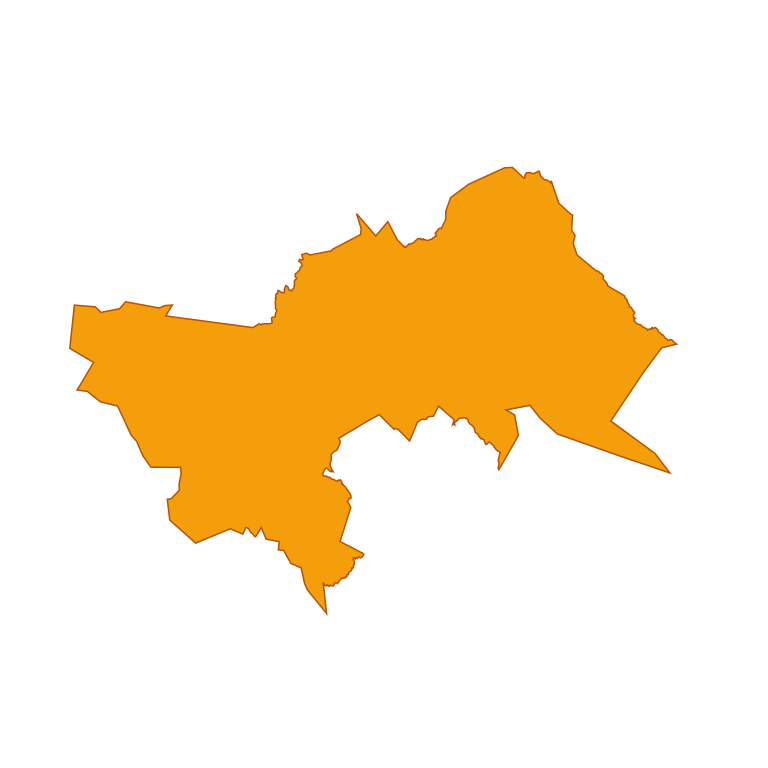 Uruachi, Chihuahua, Mexico (Equal Earth projection), rotated 337°
{"feature_id": "50627088B4184029057526", "entity_name": "Uruachi", "entity_type": "district", "adm_level": 2, "iso_a3": "MEX", "parent_name": "Mexico", "parent_adm1": "Chihuahua", "projection": "equal_earth", "projection_center": [-108.421, 27.836], "detail": "fine", "context": "isolated", "style": "filled", "palette": "amber", "viewbox_px": 768, "rotation_deg": 337, "n_neighbors": 0, "source": "geoboundaries", "source_scale": "gbopen_adm2", "svg_char_len": 6170}
<svg xmlns="http://www.w3.org/2000/svg" viewBox="0 0 768 768"><g transform="rotate(337 384 384)"><path d="M524.0,497.7L576.2,545.4L612.4,577.6L606.3,553.7L578.3,506.7L627.3,474.7L653.7,459.2L668.9,461.6L666.9,458.2L666.6,456.6L666.0,455.5L664.3,454.8L662.9,455.1L662.2,454.8L662.0,453.5L660.5,450.9L660.2,448.1L658.7,446.6L658.2,445.0L657.3,444.0L657.1,442.6L657.4,441.8L656.4,438.9L655.3,437.7L653.4,438.1L653.1,437.1L652.6,436.8L652.1,437.9L651.6,438.1L650.4,437.0L647.6,437.4L647.4,437.1L647.5,435.9L644.5,432.5L643.4,429.9L640.8,427.8L639.9,426.5L639.3,424.2L639.2,422.7L639.6,422.0L641.0,422.0L639.8,419.6L641.0,417.7L642.5,416.6L642.7,415.9L642.4,415.4L642.4,414.5L641.9,413.8L641.7,412.7L641.7,410.4L640.3,408.7L640.5,405.9L640.1,403.9L640.5,402.5L640.5,401.2L640.2,400.0L639.5,398.7L639.9,396.8L628.3,381.2L628.5,377.6L626.7,373.0L627.0,372.1L628.3,370.4L627.4,367.5L626.3,366.3L626.0,365.8L625.9,364.9L625.1,364.1L624.9,363.6L623.2,362.2L612.1,340.6L613.1,328.5L617.9,321.9L616.9,315.6L623.6,301.9L622.3,300.9L615.6,286.1L617.3,262.2L616.4,264.3L615.8,263.2L615.2,262.6L614.5,260.9L613.7,260.1L613.2,259.3L612.0,259.1L611.2,258.3L611.2,257.6L610.0,255.3L609.7,254.2L609.5,252.7L609.8,252.1L609.5,250.9L610.1,249.4L609.7,248.5L605.5,248.8L604.1,248.7L602.6,248.0L601.1,246.6L597.4,245.2L596.3,246.2L595.9,246.3L594.8,247.6L594.3,249.3L593.3,249.2L586.8,234.8L579.4,232.1L540.0,233.2L518.2,238.4L508.3,249.2L505.3,256.4L504.7,256.8L503.9,258.0L501.4,259.7L497.7,263.2L496.9,262.5L495.5,262.4L494.3,262.8L493.0,263.9L492.1,264.0L490.9,264.9L490.5,264.9L490.3,265.9L490.0,265.8L490.2,267.6L490.0,268.1L488.7,268.1L487.4,268.7L486.1,268.6L485.2,268.9L484.8,269.5L484.4,269.2L480.4,269.0L477.8,267.0L477.1,267.0L476.9,265.8L475.5,265.4L474.8,265.9L474.4,265.3L474.2,264.2L472.5,263.6L471.4,263.6L470.7,264.1L470.2,264.0L465.8,265.6L464.1,265.3L463.5,265.7L461.7,264.8L460.8,265.0L460.0,265.9L458.7,266.0L457.8,266.7L457.6,266.1L456.9,266.0L456.7,265.6L456.2,265.9L452.6,256.4L451.0,236.1L434.3,244.5L425.3,216.5L423.7,232.0L420.9,237.3L389.1,239.9L387.9,240.9L366.6,236.4L364.9,234.8L364.2,233.8L363.0,233.0L360.1,233.1L359.4,232.7L358.8,232.8L358.3,235.0L358.6,237.0L358.3,237.7L357.6,237.9L355.0,236.4L353.6,237.4L353.6,238.0L354.3,238.5L355.2,241.0L355.2,242.1L354.6,243.3L352.5,243.9L351.0,246.0L350.3,246.6L348.9,246.6L347.8,247.7L346.3,247.6L345.1,248.3L344.3,249.8L344.4,251.0L345.0,252.2L344.8,252.8L344.0,253.0L343.5,253.5L342.7,253.5L341.9,254.1L341.2,255.1L340.8,257.2L339.5,258.6L339.2,259.7L338.1,260.9L337.4,260.9L336.6,261.5L335.3,262.0L334.1,260.8L333.6,260.6L333.0,259.7L333.6,257.6L332.7,255.5L332.0,255.1L331.6,255.7L330.4,256.5L329.3,258.2L328.8,258.6L328.1,261.0L327.8,261.1L325.1,259.5L324.8,258.6L323.7,257.1L323.3,256.6L322.9,256.5L322.3,257.4L321.8,259.0L321.2,259.2L320.9,258.9L320.2,258.8L319.4,259.6L318.8,260.3L318.7,261.8L317.5,262.4L317.8,263.1L316.2,265.6L315.4,267.5L314.4,270.6L313.7,271.8L313.5,272.4L314.0,273.0L314.0,273.7L313.8,274.9L311.4,276.9L310.6,278.4L310.5,279.2L309.9,279.7L308.7,279.6L307.6,278.9L306.2,279.3L305.7,281.2L305.7,281.9L305.4,282.2L305.1,283.6L304.8,283.9L303.1,284.1L295.2,281.0L293.9,281.5L292.6,279.7L285.5,280.9L209.7,236.1L220.0,228.6L212.7,226.1L206.9,226.3L178.2,207.3L170.1,211.4L151.4,207.5L148.3,200.1L129.8,190.4L108.7,228.4L125.1,250.7L99.1,269.7L107.9,274.7L115.9,289.5L130.1,300.2L130.8,316.1L131.2,332.0L133.9,340.0L134.0,355.9L136.9,369.5L164.3,381.3L162.1,387.4L155.9,396.7L154.1,401.8L143.1,406.5L139.5,405.4L133.6,425.5L148.4,456.9L185.9,457.2L195.4,467.0L200.7,462.2L201.2,462.3L202.7,463.8L203.3,468.6L204.8,470.9L205.3,473.8L206.0,474.3L206.4,474.3L214.9,468.3L214.9,480.8L225.9,488.1L221.9,495.5L226.7,497.9L228.1,512.7L228.4,513.3L229.2,513.8L235.9,521.0L233.0,536.3L233.0,543.4L241.5,572.8L250.3,543.7L250.8,544.6L251.1,546.6L251.3,546.9L252.3,547.4L253.1,546.7L253.6,546.9L254.0,548.4L254.5,548.9L255.9,548.1L256.6,549.1L257.7,549.7L258.7,549.9L259.7,549.4L259.9,548.8L260.6,548.2L262.0,548.1L263.0,548.8L263.2,549.6L266.0,547.7L268.5,546.7L268.9,546.1L269.8,546.1L270.4,547.0L272.8,547.4L273.1,547.2L273.2,546.5L274.2,546.7L274.8,546.4L275.0,545.5L275.5,545.0L276.7,545.6L277.8,544.0L277.9,543.6L281.0,543.0L281.8,542.2L282.2,540.6L282.4,540.6L283.0,541.4L284.4,540.9L284.7,539.6L286.1,538.4L287.4,536.1L287.0,533.6L288.0,532.2L288.5,532.5L289.2,534.0L290.1,533.2L291.5,534.2L292.4,533.4L293.1,533.3L293.6,533.4L293.9,534.6L294.2,534.8L296.5,534.7L298.7,533.1L298.8,532.1L282.0,511.8L305.2,484.7L304.9,480.3L304.3,478.1L304.5,477.7L306.1,476.9L306.6,475.5L308.4,476.5L308.9,476.3L309.9,474.2L309.9,473.0L309.7,472.2L309.8,471.0L309.4,470.0L309.4,468.8L309.0,466.9L308.5,466.4L308.5,464.7L308.3,463.7L307.0,461.0L307.1,460.5L306.6,460.0L306.7,459.5L306.1,459.2L306.6,458.3L306.8,457.4L306.3,455.1L305.4,455.3L304.2,454.5L303.1,455.2L302.1,454.6L300.5,452.2L299.9,452.0L298.8,451.1L297.5,448.6L296.6,448.6L296.2,447.8L295.2,446.6L292.3,444.7L292.2,444.2L292.4,443.5L292.2,442.8L293.2,442.2L294.0,441.2L295.4,440.1L297.3,438.8L298.1,438.8L299.0,439.5L299.6,442.3L301.1,444.1L302.3,444.4L303.0,444.9L302.8,444.0L302.9,443.0L302.4,442.2L302.6,438.1L304.0,435.2L304.8,434.7L306.8,431.3L307.6,428.5L311.2,426.7L314.5,426.5L316.2,425.4L320.2,421.5L321.3,419.2L321.2,416.3L353.5,411.8L367.7,410.4L375.5,429.6L376.2,429.0L377.0,429.4L379.3,431.4L385.3,446.5L399.8,432.3L403.9,431.4L405.7,431.6L408.6,433.0L409.4,432.9L411.6,431.4L415.3,432.5L415.9,432.4L416.8,433.0L425.6,425.7L434.6,444.3L431.2,448.4L431.6,448.3L432.3,447.6L432.6,447.8L433.2,449.3L433.5,448.6L433.5,447.8L434.3,446.7L436.4,446.6L439.6,445.0L445.0,446.5L446.2,448.0L447.1,448.3L447.1,450.6L446.9,451.5L447.4,454.3L448.9,456.5L449.9,459.8L449.4,461.2L449.5,462.4L449.3,463.0L449.2,464.7L450.4,466.1L450.9,467.5L450.9,468.9L451.7,472.2L452.5,472.8L453.3,472.9L454.2,474.7L454.0,477.7L454.2,479.4L454.9,479.7L456.6,478.9L458.2,478.7L458.7,478.9L459.3,480.6L460.8,483.5L460.7,485.1L461.7,488.5L462.7,490.4L463.9,491.4L464.1,492.9L462.6,494.3L459.3,498.9L458.8,502.4L456.1,505.9L456.3,507.8L487.6,483.9L492.2,463.5L486.1,455.5L510.0,460.7L514.3,476.3L524.0,497.7Z" fill="#f59e0b" stroke="#b45309" stroke-width="1.5"/></g></svg>